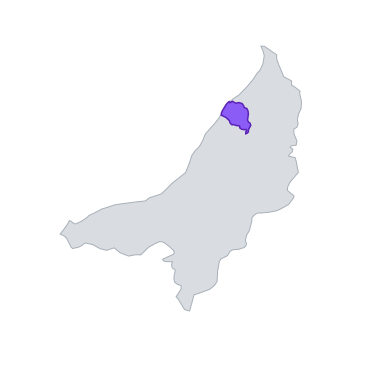 Glodeni highlighted on a map of Moldova, rotated 68°
{"feature_id": "MDA-1621", "entity_name": "Glodeni", "entity_type": "District", "adm_level": 1, "iso_a3": "MDA", "parent_name": "Moldova", "parent_adm1": "", "projection": "orthographic", "projection_center": [27.543, 47.723], "detail": "fine", "context": "in_parent", "style": "filled", "palette": "violet", "viewbox_px": 384, "rotation_deg": 68, "n_neighbors": 0, "source": "natural_earth", "source_scale": "10m", "svg_char_len": 2535}
<svg xmlns="http://www.w3.org/2000/svg" viewBox="0 0 384 384"><g transform="rotate(68 192 192)"><path d="M82.6,73.5L83.9,70.4L96.5,62.1L99.8,63.5L106.3,63.9L119.6,63.7L126.2,58.1L130.3,59.6L133.6,57.1L139.1,54.0L139.9,54.7L140.6,55.2L149.1,56.6L155.5,59.6L159.8,64.2L164.2,67.1L168.8,68.2L171.3,70.5L171.8,74.0L176.1,75.7L184.2,75.6L187.6,77.9L186.4,82.6L187.3,84.2L190.1,82.5L192.3,83.9L193.5,87.3L194.8,89.0L198.8,83.5L203.2,84.0L213.7,86.1L219.5,97.3L223.0,101.3L226.1,102.9L230.0,101.1L233.4,98.9L235.4,99.8L239.8,107.2L241.0,117.0L241.0,121.0L239.7,127.7L237.7,134.8L236.0,139.4L236.8,143.1L238.4,146.2L241.0,147.2L249.3,153.3L252.5,157.6L257.1,160.7L260.5,160.8L262.3,162.5L263.0,164.7L262.6,170.3L260.9,175.6L261.2,179.0L264.3,182.9L264.7,187.5L265.0,190.5L266.7,192.7L274.4,197.6L284.4,202.3L287.1,206.4L288.8,211.7L288.6,220.7L288.1,228.6L301.4,238.8L300.0,240.8L298.1,243.0L285.7,245.0L283.2,246.0L277.6,238.2L274.7,237.2L272.1,240.2L269.1,241.9L265.3,241.2L261.2,238.9L259.1,237.2L257.5,237.0L255.0,238.8L251.6,238.2L249.4,236.2L246.4,243.1L244.5,244.5L243.3,244.3L242.8,232.9L241.9,231.2L239.3,231.0L233.3,233.8L227.7,237.4L225.8,240.6L226.1,246.2L227.0,253.0L231.1,263.1L229.1,267.6L227.7,274.7L221.5,281.3L214.6,285.2L214.1,293.0L210.2,298.4L203.6,303.7L199.2,310.2L200.4,314.5L200.7,318.7L200.0,321.5L199.8,323.7L198.1,324.7L187.8,325.6L184.9,326.9L181.6,330.0L178.3,324.3L175.0,319.2L172.6,316.5L173.6,315.3L176.2,313.8L178.0,312.1L177.8,306.1L176.4,299.2L175.1,295.9L174.9,290.6L174.0,282.4L175.1,267.3L180.1,248.2L182.8,238.7L181.4,233.5L182.3,221.4L180.1,215.5L176.6,207.7L171.6,190.7L165.5,184.8L158.0,178.4L154.8,173.5L152.6,168.1L148.2,162.7L143.1,157.8L137.0,145.4L133.9,139.9L132.9,138.4L126.0,130.4L122.4,123.3L120.6,117.4L119.6,112.0L114.8,101.2L110.5,93.2L106.4,87.4L104.5,83.3L99.7,78.2L92.8,74.0L88.3,73.3L82.6,73.5Z" fill="#d9dde1" stroke="#a8b0b8" stroke-width="1"/><path d="M131.7,136.1L131.6,135.8L129.7,135.1L128.0,133.3L124.0,128.0L122.6,125.6L122.1,123.6L123.5,123.3L123.5,122.7L123.1,122.0L123.2,121.1L123.1,120.3L123.7,120.0L124.8,119.2L125.9,118.3L126.4,116.6L126.7,114.9L128.8,112.4L131.3,111.8L133.3,111.9L135.1,109.9L137.7,109.7L140.6,110.4L146.2,113.6L148.2,113.4L150.0,112.4L152.2,112.5L155.4,116.3L157.4,117.2L158.1,118.6L158.2,120.3L156.5,119.7L155.2,118.2L154.2,118.5L153.6,120.7L152.2,122.6L150.4,123.7L149.4,123.2L148.4,123.3L146.9,126.1L146.2,126.9L145.4,127.6L144.5,130.0L142.3,130.8L139.9,130.6L135.6,132.6L131.7,136.1Z" fill="#8b5cf6" stroke="#5b21b6" stroke-width="1.5"/></g></svg>